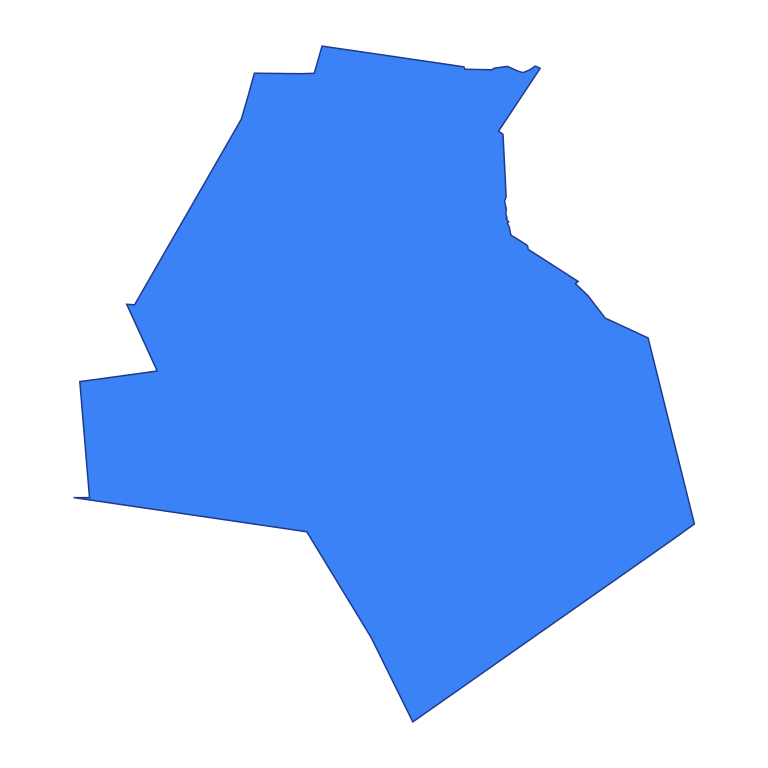 Sacramento, Coahuila, Mexico (orthographic projection)
{"feature_id": "50627088B55806016099759", "entity_name": "Sacramento", "entity_type": "district", "adm_level": 2, "iso_a3": "MEX", "parent_name": "Mexico", "parent_adm1": "Coahuila", "projection": "orthographic", "projection_center": [-101.737, 26.936], "detail": "fine", "context": "isolated", "style": "filled", "palette": "blue", "viewbox_px": 768, "rotation_deg": 0, "n_neighbors": 0, "source": "geoboundaries", "source_scale": "gbopen_adm2", "svg_char_len": 977}
<svg xmlns="http://www.w3.org/2000/svg" viewBox="0 0 768 768"><path d="M694.4,523.9L648.1,338.0L605.2,318.1L592.4,301.5L588.2,296.0L575.3,283.5L578.2,281.5L528.1,249.3L527.7,246.1L526.4,244.8L512.9,236.3L512.2,236.0L511.5,235.7L510.4,233.3L509.5,227.7L507.4,223.0L508.6,221.9L506.2,218.5L507.0,218.0L505.8,213.9L506.3,208.9L504.5,201.4L506.1,196.8L505.6,186.1L505.5,184.3L505.4,181.0L503.0,134.3L498.6,131.1L540.2,68.3L535.6,66.2L534.7,66.3L532.9,67.8L529.2,70.1L523.0,72.6L519.5,71.6L516.5,70.5L512.1,68.5L509.6,67.4L507.6,66.4L505.0,66.7L494.2,68.2L492.0,69.8L467.6,69.3L465.0,69.3L463.9,66.9L456.1,65.7L405.6,58.3L328.2,47.0L322.0,46.1L321.5,48.0L314.5,72.5L314.3,72.9L314.2,73.3L300.7,73.7L254.4,73.2L247.4,98.5L241.3,119.2L205.8,181.0L161.7,257.6L134.6,304.8L126.7,304.3L157.2,371.0L79.8,381.6L89.5,497.6L73.6,497.6L306.8,531.8L371.2,637.6L412.8,721.9L467.1,683.8L538.2,633.9L640.9,561.9L674.6,538.2L694.4,523.9Z" fill="#3b82f6" stroke="#1e3a8a" stroke-width="1.5"/></svg>